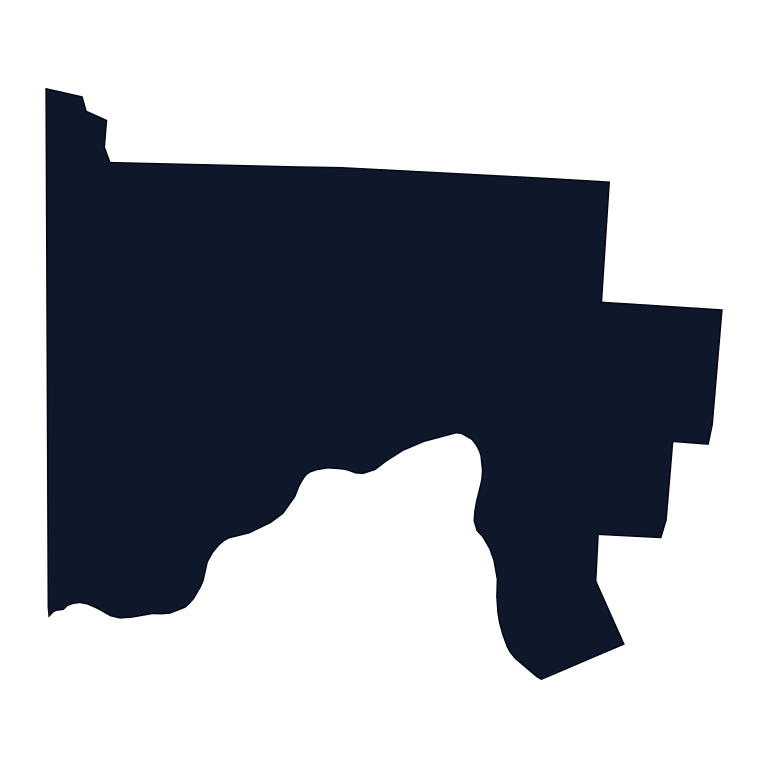 outline of Scioto, Ohio, United States of America
{"feature_id": "52423323B59045982564985", "entity_name": "Scioto", "entity_type": "district", "adm_level": 2, "iso_a3": "USA", "parent_name": "United States of America", "parent_adm1": "Ohio", "projection": "robinson", "projection_center": [-82.99, 38.793], "detail": "fine", "context": "isolated", "style": "filled", "palette": "ink", "viewbox_px": 768, "rotation_deg": 0, "n_neighbors": 0, "source": "geoboundaries", "source_scale": "gbopen_adm2", "svg_char_len": 1269}
<svg xmlns="http://www.w3.org/2000/svg" viewBox="0 0 768 768"><path d="M550.8,178.7L340.9,167.7L293.3,166.9L109.9,162.6L104.3,147.2L106.5,120.5L86.1,111.3L82.1,97.0L46.1,88.8L48.3,607.2L49.1,616.0L53.0,611.8L56.1,610.2L63.3,609.3L67.0,605.6L73.1,603.3L79.7,602.4L87.4,603.8L97.6,608.3L110.7,615.7L120.1,617.9L132.1,617.0L152.6,613.5L161.2,613.7L169.7,613.1L185.1,607.1L189.7,602.8L193.6,598.3L200.2,587.0L203.1,580.3L207.2,561.8L212.3,552.7L218.3,545.3L223.7,540.6L228.8,537.8L249.0,532.8L270.7,522.3L282.9,513.2L292.0,500.4L294.6,496.7L298.9,486.0L301.6,481.0L304.8,476.1L307.1,473.8L307.3,473.6L310.4,471.7L317.1,469.5L327.9,467.8L341.5,468.7L347.3,469.8L355.9,472.9L363.2,473.3L374.9,469.5L385.6,461.3L402.7,450.3L423.9,441.3L456.1,432.7L461.5,433.3L472.1,439.4L476.4,445.0L477.7,447.5L479.6,451.2L481.0,455.5L482.6,470.3L482.0,478.4L481.1,483.3L476.7,501.1L474.9,511.2L474.2,520.7L477.1,530.5L482.9,536.7L489.8,548.5L494.0,560.3L497.4,579.2L496.9,596.7L498.0,612.7L499.6,622.5L502.9,634.6L507.4,646.8L510.5,652.5L515.7,658.7L536.9,676.6L541.4,679.2L604.1,652.4L623.8,644.1L595.7,581.1L598.1,534.3L660.8,537.5L666.1,519.8L672.7,441.4L708.1,444.1L712.2,424.6L721.9,310.0L601.4,302.3L609.2,182.2L550.8,178.7Z" fill="#0f172a" stroke="#020617" stroke-width="1.5"/></svg>